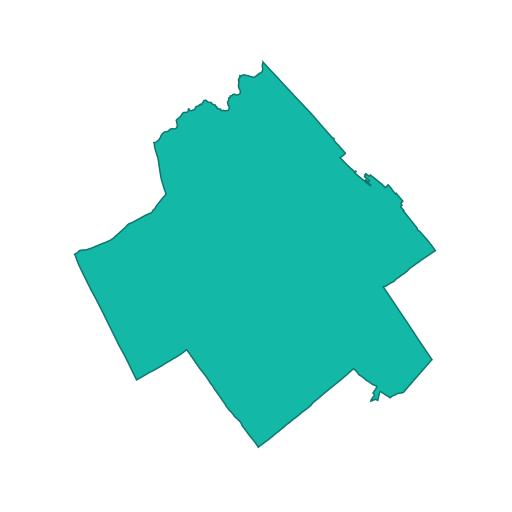 Balteni, Olt, Romania, rotated 254°
{"feature_id": "2599482B45249958098961", "entity_name": "Balteni", "entity_type": "district", "adm_level": 2, "iso_a3": "ROU", "parent_name": "Romania", "parent_adm1": "Olt", "projection": "mercator", "projection_center": [24.539, 44.464], "detail": "fine", "context": "isolated", "style": "filled", "palette": "teal", "viewbox_px": 512, "rotation_deg": 254, "n_neighbors": 0, "source": "geoboundaries", "source_scale": "gbopen_adm2", "svg_char_len": 6063}
<svg xmlns="http://www.w3.org/2000/svg" viewBox="0 0 512 512"><g transform="rotate(254 256 256)"><path d="M440.5,316.2L440.0,316.1L438.6,315.1L437.5,314.6L435.8,314.2L434.6,314.2L432.3,313.3L431.6,312.7L431.1,312.0L430.8,311.1L430.6,309.2L429.4,306.8L429.1,305.7L428.4,304.2L428.3,303.8L428.5,303.0L428.9,302.2L430.5,299.4L430.8,299.2L431.8,297.5L432.2,296.6L433.4,294.6L433.6,293.2L433.4,292.4L433.0,290.8L433.9,290.3L433.9,290.2L433.7,290.0L433.0,290.1L432.2,289.4L431.8,289.5L431.7,289.4L431.2,288.7L431.0,288.3L430.6,287.9L430.1,288.0L429.9,287.7L429.2,287.5L428.8,287.5L428.6,287.8L427.9,287.8L427.5,287.3L426.1,286.8L425.5,286.4L423.2,285.8L422.4,285.8L418.4,286.6L418.2,286.3L418.1,286.0L416.9,285.7L416.3,285.1L416.1,284.4L415.9,283.6L415.9,283.0L416.3,281.1L417.1,280.6L417.3,279.9L417.6,279.4L417.6,278.5L417.5,278.1L416.5,277.0L416.5,276.8L416.9,276.2L416.9,275.8L416.9,275.4L415.6,274.8L415.5,274.6L415.5,273.5L415.4,273.3L415.0,273.2L414.8,273.3L414.5,273.3L413.9,273.0L412.6,272.2L412.5,271.8L411.6,271.0L411.0,270.9L409.9,271.0L408.8,270.7L408.5,270.9L408.0,271.4L406.8,271.1L405.9,271.3L405.5,271.1L404.4,270.1L403.9,269.9L403.7,269.6L403.7,269.3L403.7,268.6L403.9,266.7L404.1,266.1L404.9,265.0L405.0,264.7L405.0,263.6L405.6,262.6L405.9,262.4L406.1,262.3L406.6,262.5L406.9,262.4L407.2,262.1L407.6,261.1L407.7,260.6L408.2,260.3L408.4,260.1L408.6,259.2L409.0,259.2L409.4,259.4L410.0,259.4L410.3,259.3L411.2,258.4L412.4,258.4L412.9,257.3L413.8,256.1L414.7,255.6L415.9,255.3L416.1,255.0L416.4,253.6L417.0,252.6L417.6,252.0L419.1,251.1L419.7,250.2L419.9,249.4L419.8,249.0L419.7,248.6L418.5,247.5L417.2,245.9L416.7,245.5L416.6,245.0L417.1,244.8L417.2,244.4L416.9,243.4L416.3,242.7L416.1,241.3L416.1,240.1L415.9,239.3L415.6,238.9L414.4,238.0L413.9,237.5L413.7,237.0L413.7,236.0L413.5,235.1L413.4,234.0L414.0,232.7L415.8,232.1L416.0,231.7L414.9,231.2L414.1,230.6L413.4,229.8L413.2,229.2L413.3,228.4L413.8,226.6L413.9,225.9L413.7,225.2L411.5,222.6L410.8,221.6L409.5,219.1L409.4,218.4L408.6,216.9L408.1,216.7L406.7,216.6L404.0,216.5L402.8,216.2L402.4,216.1L401.9,215.6L401.1,214.9L400.8,214.4L400.5,213.3L400.6,212.7L401.4,210.6L401.6,209.1L401.5,208.4L400.4,206.3L400.2,205.8L400.2,204.7L400.4,203.3L400.3,201.9L399.7,200.3L399.0,199.3L397.8,197.8L396.5,196.9L395.5,195.9L394.1,194.1L393.1,191.6L392.9,190.5L393.0,189.6L393.1,189.1L391.2,189.0L388.1,188.6L385.8,188.5L379.9,188.6L378.1,188.7L375.0,188.6L370.2,187.8L357.3,186.2L347.8,186.2L340.4,186.6L340.2,186.5L339.6,185.7L336.8,181.2L331.9,174.5L330.5,172.8L329.8,172.3L329.1,171.4L328.3,169.5L326.9,168.2L326.5,167.5L326.3,166.7L326.1,164.2L325.6,160.9L324.6,156.4L324.1,154.6L323.7,152.4L322.9,148.8L322.7,147.9L322.2,146.0L322.1,144.8L322.1,144.2L322.1,143.1L321.9,142.4L320.8,140.2L319.6,138.4L315.3,129.6L313.6,125.9L312.7,124.4L312.2,123.2L311.4,120.7L310.7,116.5L310.4,112.5L309.6,105.9L309.5,104.1L309.1,102.4L308.9,99.4L308.7,93.9L309.3,92.1L309.7,89.6L309.9,88.2L309.8,87.7L309.2,86.6L308.7,85.9L308.3,84.8L307.7,82.1L306.3,82.4L300.5,82.8L295.8,83.3L288.6,84.5L269.2,88.0L258.8,90.3L247.2,92.6L208.2,99.6L195.8,102.4L184.1,104.5L169.8,107.0L172.2,116.9L173.5,121.6L173.9,124.3L174.3,126.2L175.4,130.7L175.9,132.8L176.3,134.7L178.3,141.2L179.0,144.5L180.4,149.3L180.5,150.6L183.0,158.3L184.1,161.3L185.2,163.4L181.6,164.8L163.7,170.8L153.6,174.9L150.8,175.8L145.9,177.2L144.0,178.0L143.5,178.5L140.6,179.0L133.7,181.5L127.3,183.6L122.1,185.5L120.5,185.7L114.7,188.0L112.9,189.1L111.4,189.8L107.6,191.2L106.0,192.1L105.5,192.5L104.1,193.4L100.5,195.3L99.1,195.7L97.4,195.7L85.1,200.3L76.7,203.9L71.5,205.5L72.7,208.1L73.5,210.6L75.0,214.4L75.8,216.7L76.7,218.8L78.6,223.3L79.9,226.0L81.5,230.1L82.2,231.4L83.8,235.5L85.3,238.4L86.5,241.8L89.0,247.4L89.4,248.8L90.0,250.3L93.5,258.2L94.4,260.9L96.1,265.0L97.1,267.3L99.1,270.0L99.9,271.7L100.6,273.5L107.5,288.9L112.4,300.6L116.2,309.1L117.5,311.7L118.3,313.5L120.8,318.9L118.7,320.0L118.1,320.5L115.9,321.4L113.5,322.2L112.5,323.2L110.4,324.9L108.7,326.2L107.7,326.9L106.7,327.3L102.9,330.7L100.6,332.4L99.2,334.1L97.7,336.0L97.4,336.2L96.9,336.2L96.6,335.9L94.8,334.0L93.8,332.7L92.8,331.7L92.0,330.7L91.3,331.3L91.0,331.4L90.7,331.4L89.4,331.3L88.5,330.3L87.3,328.5L86.6,327.9L86.1,327.2L85.5,326.8L84.8,326.4L84.8,327.5L85.2,328.9L85.3,329.2L85.1,329.8L85.1,330.3L85.4,331.5L83.6,333.2L85.8,334.5L87.2,335.1L88.2,335.8L90.5,337.1L91.0,337.6L91.3,338.0L91.3,338.3L91.2,338.6L90.9,338.9L90.1,339.4L88.4,341.0L86.6,342.4L85.8,343.3L82.9,345.7L82.7,346.0L83.4,347.3L83.9,348.6L84.2,350.5L84.1,351.8L84.6,352.9L84.8,353.8L84.8,354.5L84.7,354.8L84.3,357.8L84.2,358.2L84.4,358.4L84.3,359.0L84.2,359.9L84.6,360.8L85.7,362.4L86.2,362.8L86.9,364.2L88.3,366.2L90.1,368.9L90.0,369.0L92.8,373.0L95.4,377.3L96.2,378.4L107.4,395.7L107.8,396.6L130.5,389.2L151.4,382.7L154.9,381.5L184.3,372.1L191.3,369.8L191.3,372.7L192.1,374.7L192.3,376.2L192.9,378.0L193.3,380.0L193.3,380.9L193.5,381.5L195.3,384.4L195.7,385.7L195.9,386.5L196.4,388.2L197.2,389.8L197.8,391.9L199.0,395.3L199.5,396.2L199.8,397.1L201.8,400.5L202.2,401.4L202.9,403.8L204.0,406.8L204.4,407.8L205.1,410.2L206.2,412.9L207.6,417.0L211.7,429.9L218.0,427.6L224.6,424.9L235.0,419.9L235.9,418.8L236.3,418.5L236.7,418.4L238.0,418.6L238.6,418.5L256.8,410.9L258.7,410.0L258.8,410.7L263.7,408.6L264.5,410.4L265.8,409.9L266.4,409.9L266.9,410.1L268.2,412.3L277.7,408.0L277.2,407.1L279.9,406.0L284.6,404.3L288.0,402.7L286.1,399.1L288.2,398.1L291.4,396.1L292.4,395.3L296.4,392.6L302.4,388.2L301.4,386.8L304.9,384.3L303.9,382.8L303.1,383.4L302.2,382.2L297.2,385.9L296.2,384.4L299.0,382.5L298.6,381.8L292.6,385.8L292.1,385.1L295.8,382.5L300.1,379.7L300.7,379.2L306.0,375.5L308.7,373.8L309.5,375.4L310.1,375.1L309.5,374.2L318.3,368.7L327.5,363.9L327.8,365.2L328.3,366.8L328.8,368.0L329.9,370.2L330.3,370.2L340.7,365.3L342.7,364.1L344.3,363.4L345.3,363.1L346.9,362.9L347.4,363.4L348.0,362.7L349.0,361.9L350.2,361.2L352.8,360.0L361.1,356.0L378.8,347.8L384.1,344.9L390.2,341.9L397.5,338.0L406.6,333.4L412.6,330.3L425.0,324.1L431.6,320.6L440.5,316.2Z" fill="#14b8a6" stroke="#0f766e" stroke-width="1.5"/></g></svg>